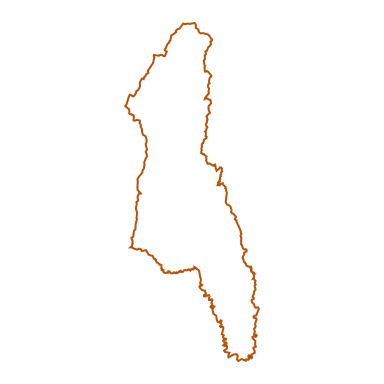 outline of Puerto Rico, Caquetá, Colombia
{"feature_id": "7082276B35792863392111", "entity_name": "Puerto Rico", "entity_type": "district", "adm_level": 2, "iso_a3": "COL", "parent_name": "Colombia", "parent_adm1": "Caquetá", "projection": "natural_earth1", "projection_center": [-75.023, 2.008], "detail": "fine", "context": "isolated", "style": "outline", "palette": "amber", "viewbox_px": 384, "rotation_deg": 0, "n_neighbors": 0, "source": "geoboundaries", "source_scale": "gbopen_adm2", "svg_char_len": 6033}
<svg xmlns="http://www.w3.org/2000/svg" viewBox="0 0 384 384"><path d="M224.0,350.6L225.0,351.9L229.4,352.8L228.2,355.9L228.6,357.4L233.5,354.5L236.8,354.3L237.8,356.1L236.9,359.4L238.3,361.0L241.8,359.0L245.7,360.8L246.1,359.4L248.4,359.8L249.0,358.9L248.3,356.1L248.9,355.3L249.6,355.6L250.5,357.9L251.6,358.3L252.2,357.0L251.4,355.6L251.4,354.6L254.8,352.7L254.7,351.1L253.3,348.2L253.7,347.4L255.9,346.7L255.1,344.5L255.4,341.0L252.7,338.3L252.4,337.1L253.4,336.4L255.8,336.8L256.7,335.7L256.1,334.7L254.4,335.1L253.9,334.0L254.9,332.1L254.1,329.0L255.6,326.8L255.1,323.8L256.6,319.3L256.0,318.3L253.7,317.6L253.5,316.9L254.1,315.8L256.2,315.5L258.6,309.4L258.7,308.3L257.8,307.3L255.7,307.7L254.8,307.0L253.9,304.1L252.0,302.3L251.5,300.7L251.9,299.7L253.5,299.2L253.9,298.6L253.7,297.7L252.7,297.1L252.6,296.3L254.0,293.8L254.1,291.5L255.6,289.4L254.6,286.3L255.0,285.1L255.7,284.5L254.9,283.0L255.6,280.9L253.7,278.9L253.7,278.1L253.3,278.3L254.1,276.9L253.8,274.4L254.5,274.0L253.6,273.7L253.8,273.1L253.1,273.1L253.2,272.7L252.8,272.8L252.3,271.8L251.3,271.7L250.9,269.4L251.5,269.7L251.6,269.0L251.1,268.8L251.5,268.3L250.9,266.7L249.7,267.0L248.6,266.3L247.7,266.4L246.1,265.2L246.2,264.1L245.3,263.4L245.1,262.6L244.0,262.0L243.5,259.6L242.8,258.8L243.0,258.4L242.6,257.7L243.3,255.7L244.3,254.5L244.1,252.7L246.6,251.4L246.6,250.0L246.0,249.3L244.1,249.4L243.0,248.5L241.8,244.9L241.1,244.4L241.3,237.5L240.9,237.3L240.5,235.5L241.4,233.9L240.6,232.0L240.8,231.1L236.4,221.4L236.5,220.4L235.3,219.9L234.8,219.2L236.0,216.8L233.3,213.7L231.9,213.2L231.0,212.1L231.6,210.4L230.6,206.9L229.6,205.7L226.8,204.3L225.7,202.0L226.9,192.4L226.1,190.6L226.1,189.0L225.3,188.4L225.6,187.0L223.4,185.0L222.7,183.2L220.7,183.9L220.6,184.3L219.5,184.8L219.5,185.3L217.6,185.2L218.3,183.5L217.9,182.9L218.7,181.8L219.1,182.0L219.0,181.7L220.0,181.1L219.6,180.1L220.3,179.0L219.9,178.0L220.3,176.9L221.0,176.3L220.3,175.1L221.3,173.7L221.2,172.3L222.2,171.3L221.6,170.0L221.9,168.5L221.0,167.4L219.9,167.4L219.3,168.5L216.6,170.8L215.6,167.9L215.5,166.1L214.6,165.9L214.8,164.7L212.7,165.5L209.3,163.4L207.7,163.8L206.0,160.2L206.5,159.2L206.1,157.2L206.5,156.5L204.3,154.9L204.0,154.1L202.9,154.3L202.2,153.5L201.2,153.2L201.3,151.1L201.8,150.4L201.3,148.6L202.1,146.3L201.7,145.7L201.8,144.7L202.5,143.2L203.2,143.1L204.1,139.6L206.6,138.0L206.6,136.7L205.6,136.3L205.9,133.5L205.7,131.7L205.2,131.4L206.1,130.6L206.7,128.1L207.4,127.3L206.2,125.7L205.8,124.3L206.9,122.4L207.0,120.1L207.6,119.8L207.0,117.3L206.5,116.8L207.6,114.9L210.0,112.8L208.6,109.7L208.5,106.4L211.1,103.3L210.4,99.8L208.7,99.5L206.6,98.1L204.9,99.0L205.2,97.7L208.9,93.3L208.5,91.6L209.1,88.6L208.1,87.0L208.0,85.4L208.5,84.0L209.6,83.3L209.0,81.7L209.2,79.9L210.0,77.2L211.1,76.7L211.4,75.7L208.2,71.8L206.7,71.0L206.0,71.7L204.9,71.6L204.5,67.3L205.1,66.0L204.6,65.5L203.7,60.8L205.0,58.8L204.7,55.4L206.0,54.3L205.4,51.5L206.9,50.8L208.3,47.2L210.6,45.1L211.1,44.0L210.3,41.8L212.0,40.4L212.1,39.5L211.0,38.7L210.3,37.0L208.0,34.5L203.0,33.1L200.6,33.4L199.5,32.6L198.6,31.4L198.6,30.2L198.2,29.3L195.8,27.9L195.8,24.5L194.6,23.0L189.8,23.9L187.0,23.6L185.5,24.2L183.2,23.6L179.6,28.5L177.6,29.1L176.1,30.4L175.8,31.1L176.2,32.1L171.2,35.7L170.3,40.7L169.3,41.3L169.2,42.7L167.3,44.2L165.9,48.1L164.7,49.6L164.8,50.3L166.8,51.5L164.8,56.1L164.0,56.3L161.6,54.8L160.1,54.9L159.0,55.7L153.9,55.0L153.8,56.2L154.3,57.3L153.0,63.2L147.8,70.8L148.4,73.1L146.3,74.1L145.5,76.0L144.3,77.0L143.7,79.1L142.4,78.5L141.6,79.1L139.8,82.6L140.0,86.2L139.2,88.2L138.1,90.1L136.4,91.0L135.9,93.1L134.4,95.7L133.0,96.5L130.8,94.8L129.8,94.7L128.9,96.6L126.6,104.1L125.3,106.1L129.1,109.3L129.4,111.9L129.2,113.5L130.2,114.2L131.5,114.2L132.2,115.1L133.4,115.2L133.9,115.8L133.5,120.4L134.9,120.7L136.9,119.9L139.9,120.6L139.7,123.3L140.9,124.9L140.6,126.6L142.0,129.2L142.1,131.9L142.9,134.7L145.6,136.3L146.6,139.3L146.6,142.1L145.8,143.5L145.8,145.3L147.1,149.5L145.7,151.8L146.6,153.7L147.0,156.3L145.9,158.0L144.2,162.4L144.5,164.9L143.8,168.6L142.7,170.2L142.2,172.9L139.0,176.6L137.4,179.4L137.8,181.9L137.4,187.4L137.6,189.8L140.7,193.5L138.9,193.6L137.5,196.8L138.1,200.7L136.3,202.3L136.8,204.0L135.9,207.7L136.2,210.1L137.2,212.4L136.5,218.0L137.0,218.9L135.8,223.2L135.4,229.3L134.1,230.5L133.2,236.6L131.4,238.0L132.6,241.0L132.3,242.5L132.8,243.5L132.2,244.3L132.2,245.8L130.5,247.4L132.5,247.4L133.1,248.2L137.1,249.7L139.2,248.6L141.1,249.4L141.7,251.0L146.0,250.2L148.5,254.5L149.7,255.2L152.5,255.8L154.0,258.8L155.2,258.9L155.9,259.7L155.5,260.1L156.9,262.5L157.5,262.4L158.6,263.3L159.4,264.6L160.0,264.4L161.4,265.1L161.5,268.2L162.2,268.9L161.6,268.9L162.0,269.6L161.7,270.0L162.4,270.5L163.5,270.3L163.6,272.3L164.0,272.6L165.6,273.0L167.3,272.4L167.8,272.8L168.2,271.3L169.5,271.4L170.4,273.0L171.2,273.3L172.8,273.3L173.9,272.2L175.0,273.1L176.3,272.5L176.5,273.1L177.3,273.1L179.8,271.0L180.0,271.7L180.8,271.2L180.9,271.8L182.9,271.8L184.0,270.4L185.7,270.0L186.9,270.5L188.7,269.4L189.5,270.0L189.4,270.5L189.8,270.0L190.2,270.5L190.5,269.7L191.2,269.8L192.2,268.7L193.2,268.6L193.4,269.2L194.2,268.3L194.7,268.3L194.5,267.0L196.5,268.3L196.8,269.2L198.3,269.7L199.2,271.1L200.2,277.3L200.9,278.6L200.7,281.1L200.1,283.1L200.5,283.9L202.2,284.9L201.7,285.6L199.9,285.9L199.5,286.6L199.7,287.5L202.1,290.2L204.9,290.6L205.9,294.0L204.0,295.0L204.0,296.1L205.6,296.5L208.0,295.2L209.0,295.2L209.6,296.3L208.9,299.0L209.1,300.0L209.9,300.2L211.2,299.4L212.2,299.5L212.4,300.3L211.4,303.0L212.1,304.1L212.3,305.2L210.7,306.3L210.5,306.9L211.1,307.6L213.8,306.2L214.4,306.5L212.4,309.2L213.4,313.7L216.2,315.7L216.8,320.0L218.0,322.1L219.4,322.4L220.8,320.3L221.6,320.9L220.8,323.4L221.6,324.6L221.5,325.2L220.0,326.3L220.8,327.2L222.6,326.8L223.2,327.2L223.3,329.0L221.8,334.3L223.8,335.3L223.0,336.9L223.3,337.9L226.1,338.9L225.7,339.7L223.6,340.0L223.1,340.7L224.2,342.2L226.0,342.4L226.6,342.9L226.4,343.9L224.2,344.3L223.3,345.4L224.5,346.1L226.6,345.7L227.1,346.7L226.7,348.8L224.0,350.6Z" fill="none" stroke="#b45309" stroke-width="2"/></svg>